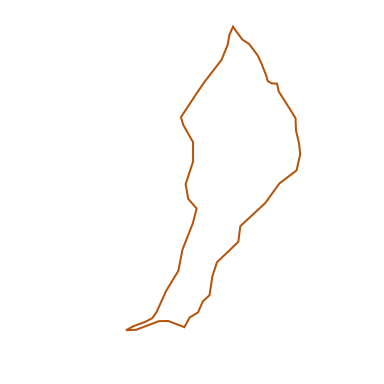 outline of Melouseia, Cyprus, rotated 48°
{"feature_id": "46923920B81614403917932", "entity_name": "Melouseia", "entity_type": "district", "adm_level": 2, "iso_a3": "CYP", "parent_name": "Cyprus", "parent_adm1": "", "projection": "robinson", "projection_center": [33.588, 35.068], "detail": "fine", "context": "isolated", "style": "outline", "palette": "amber", "viewbox_px": 384, "rotation_deg": 48, "n_neighbors": 0, "source": "geoboundaries", "source_scale": "gbopen_adm2", "svg_char_len": 848}
<svg xmlns="http://www.w3.org/2000/svg" viewBox="0 0 384 384"><g transform="rotate(48 192 192)"><path d="M96.6,50.9L100.3,59.1L106.7,67.4L113.6,81.8L118.5,108.9L121.6,121.8L129.0,150.1L136.2,153.6L155.7,157.9L170.1,170.8L181.9,191.5L194.5,199.4L207.4,199.6L215.8,212.3L228.4,237.6L241.5,255.0L243.5,261.8L248.2,277.4L257.4,298.4L259.2,305.8L257.1,313.9L252.6,325.1L250.6,333.5L257.0,325.7L265.8,303.1L271.9,296.0L287.4,288.1L286.8,286.6L283.7,277.8L285.5,268.1L281.3,258.8L280.5,257.0L280.4,248.0L268.3,233.3L260.9,220.5L260.5,206.0L260.0,190.9L249.7,178.9L249.2,144.8L244.1,121.3L245.9,99.8L236.4,86.4L227.6,80.0L215.8,73.5L206.3,65.6L189.1,62.6L175.3,60.3L168.4,56.3L164.6,60.1L160.2,61.5L154.9,58.8L152.3,57.9L148.9,56.6L143.3,54.5L134.3,51.8L120.1,50.5L112.4,52.6L100.0,51.4L96.6,50.9Z" fill="none" stroke="#b45309" stroke-width="2"/></g></svg>